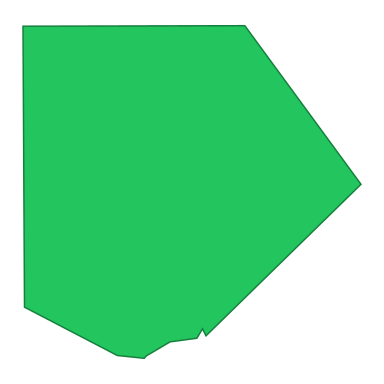 Kendall, Texas, United States of America (Robinson projection)
{"feature_id": "52423323B46155834246828", "entity_name": "Kendall", "entity_type": "district", "adm_level": 2, "iso_a3": "USA", "parent_name": "United States of America", "parent_adm1": "Texas", "projection": "robinson", "projection_center": [-98.722, 29.928], "detail": "fine", "context": "isolated", "style": "filled", "palette": "green", "viewbox_px": 384, "rotation_deg": 0, "n_neighbors": 0, "source": "geoboundaries", "source_scale": "gbopen_adm2", "svg_char_len": 271}
<svg xmlns="http://www.w3.org/2000/svg" viewBox="0 0 384 384"><path d="M24.5,307.2L117.3,355.5L144.2,358.3L146.3,355.9L170.0,341.9L196.9,338.2L202.5,328.8L206.0,335.8L361.0,184.3L244.8,25.7L23.0,26.2L24.5,307.2Z" fill="#22c55e" stroke="#15803d" stroke-width="1.5"/></svg>